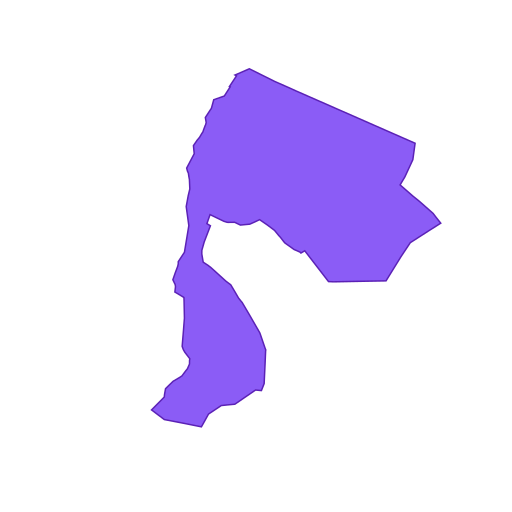 outline of Lanse Road, Castries, Saint Lucia, rotated 37°
{"feature_id": "8701671B540973728907", "entity_name": "Lanse Road", "entity_type": "district", "adm_level": 2, "iso_a3": "LCA", "parent_name": "Saint Lucia", "parent_adm1": "Castries", "projection": "albers", "projection_center": [-60.988, 14.018], "detail": "fine", "context": "isolated", "style": "filled", "palette": "violet", "viewbox_px": 512, "rotation_deg": 37, "n_neighbors": 0, "source": "geoboundaries", "source_scale": "gbopen_adm2", "svg_char_len": 1992}
<svg xmlns="http://www.w3.org/2000/svg" viewBox="0 0 512 512"><g transform="rotate(37 256 256)"><path d="M130.3,124.1L131.2,124.0L132.0,123.9L132.8,136.7L133.6,136.5L134.4,147.3L128.2,156.6L131.5,164.9L131.6,167.0L132.2,175.9L135.9,179.4L136.8,181.6L136.9,182.4L138.2,186.8L138.9,188.8L139.0,190.9L139.5,195.2L139.3,198.8L139.6,205.5L145.1,211.5L147.7,227.5L150.2,229.5L152.1,230.5L154.4,232.8L156.8,235.0L162.8,242.3L165.5,248.5L170.5,258.5L184.1,272.2L184.5,273.0L196.6,296.1L197.3,307.3L198.8,309.3L199.1,310.2L199.5,310.9L199.8,311.8L201.6,317.9L203.9,325.0L208.7,327.5L210.2,329.0L212.9,333.6L223.4,332.5L225.6,335.2L236.3,348.8L238.2,351.8L242.8,359.0L251.4,372.6L254.3,374.5L257.1,375.7L265.0,377.9L265.7,379.3L267.9,382.3L269.1,387.4L269.0,389.7L269.0,391.3L269.0,396.5L268.7,397.2L268.3,398.4L265.2,405.9L264.3,411.7L263.6,416.4L266.3,421.7L267.6,423.8L267.4,425.5L265.2,441.8L281.2,441.8L300.2,432.5L315.2,425.3L314.7,421.5L313.2,410.8L317.8,397.7L318.2,396.4L322.7,392.2L328.3,387.1L336.3,363.3L340.4,360.8L341.3,360.2L339.3,353.0L328.1,336.6L321.0,326.3L320.3,325.1L318.8,324.2L306.4,315.8L305.1,315.0L286.1,306.9L272.8,301.4L271.7,301.2L267.4,300.1L261.5,297.6L253.2,294.2L247.1,294.2L229.6,292.6L226.1,292.3L225.4,292.4L223.8,292.3L217.6,292.7L216.8,292.0L211.5,287.0L209.3,284.0L207.3,278.8L206.2,276.0L201.4,259.3L199.3,259.5L197.3,259.7L194.4,250.6L209.5,247.6L212.8,246.4L213.9,245.6L218.7,241.9L224.9,240.7L231.9,234.3L234.5,229.6L237.0,224.8L246.6,224.4L254.1,224.4L255.4,224.4L262.0,226.0L263.9,226.3L269.8,227.9L271.2,228.2L282.6,227.9L285.3,227.2L288.0,226.6L288.8,226.4L290.1,226.6L291.8,222.5L329.3,232.8L333.4,230.0L360.2,209.0L374.8,197.6L372.2,169.4L371.2,152.5L378.9,131.6L383.8,118.6L376.4,116.7L371.8,115.4L353.5,114.0L344.6,113.7L336.8,113.1L333.8,112.9L329.6,112.6L328.3,112.5L327.8,108.1L327.3,103.3L323.3,84.7L315.2,70.2L188.1,100.2L181.3,101.7L166.0,105.3L138.0,110.5L131.0,122.9L130.3,124.1Z" fill="#8b5cf6" stroke="#5b21b6" stroke-width="1.5"/></g></svg>